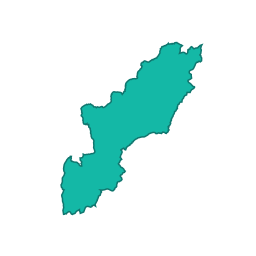 Castilla, Arequipa, Peru, rotated 18°
{"feature_id": "86281439B71643834845538", "entity_name": "Castilla", "entity_type": "district", "adm_level": 2, "iso_a3": "PER", "parent_name": "Peru", "parent_adm1": "Arequipa", "projection": "albers", "projection_center": [-72.31, -15.634], "detail": "fine", "context": "isolated", "style": "filled", "palette": "teal", "viewbox_px": 256, "rotation_deg": 18, "n_neighbors": 0, "source": "geoboundaries", "source_scale": "gbopen_adm2", "svg_char_len": 5840}
<svg xmlns="http://www.w3.org/2000/svg" viewBox="0 0 256 256"><g transform="rotate(18 128 128)"><path d="M109.0,223.9L111.8,221.6L112.0,217.2L112.6,215.7L114.0,214.9L117.0,214.8L118.0,213.8L117.9,212.9L118.4,212.8L118.9,212.2L119.5,211.8L121.2,212.3L120.3,210.9L121.1,206.3L120.9,205.5L121.1,205.1L121.2,202.9L121.0,201.9L122.3,200.6L122.2,197.8L122.6,197.3L122.4,196.7L121.6,196.4L121.3,195.6L121.0,195.5L122.8,195.0L124.9,193.9L126.4,192.7L127.4,192.3L128.6,192.2L131.6,192.7L132.6,192.6L133.2,192.3L133.8,191.3L133.9,190.5L134.2,190.3L134.1,189.7L134.4,188.6L135.0,188.0L135.3,187.1L134.7,185.2L134.8,183.6L134.6,183.1L135.0,182.4L135.8,181.8L136.5,181.6L137.0,180.7L137.6,180.3L138.2,178.9L137.3,177.4L135.9,176.6L135.4,175.8L135.7,174.7L136.4,174.5L136.8,173.5L137.0,172.2L138.3,171.3L138.7,169.9L137.9,169.7L136.5,168.3L134.6,167.5L133.8,167.6L133.2,167.3L131.8,166.1L130.4,165.5L129.9,165.0L129.9,164.7L130.6,163.3L130.4,162.7L131.0,160.5L131.7,159.8L130.6,158.8L129.7,158.5L129.5,155.7L129.9,154.5L129.7,154.1L129.9,152.9L129.3,151.8L128.0,151.2L128.0,150.8L128.8,150.3L129.0,149.4L129.8,148.9L130.1,148.9L130.3,148.5L131.2,149.1L131.3,149.5L132.5,149.5L132.6,147.5L132.4,147.2L133.0,146.3L133.1,145.8L134.7,144.0L134.7,143.7L135.1,143.6L135.0,142.9L136.4,141.4L136.3,140.2L137.3,139.4L137.3,138.5L138.7,136.3L139.7,135.5L140.7,134.1L141.3,133.9L143.7,132.3L144.2,132.2L144.9,131.7L145.5,131.7L146.5,131.2L148.9,128.6L149.5,127.3L151.5,125.5L152.2,125.2L152.5,124.8L154.1,124.1L155.5,124.2L156.3,124.7L157.4,124.3L158.6,123.2L160.2,123.1L160.7,122.8L161.5,122.9L162.4,121.1L164.1,120.9L165.3,121.4L166.1,121.3L166.2,120.5L166.8,120.0L167.3,119.1L167.0,118.2L167.5,117.7L167.6,117.1L166.7,116.6L166.5,115.2L165.9,114.6L166.5,114.2L166.1,113.6L166.8,112.8L167.1,110.9L167.1,110.2L166.5,109.9L166.6,108.5L166.9,107.6L166.5,107.4L166.7,106.4L166.4,105.9L166.8,104.9L166.7,104.1L167.2,103.3L167.0,101.5L167.3,101.0L167.5,99.1L167.2,98.0L168.0,97.3L168.3,96.7L168.3,95.1L168.7,94.9L169.0,94.2L168.3,93.0L168.5,92.7L168.3,90.6L168.5,90.1L169.2,89.5L169.2,88.3L169.7,87.2L171.2,86.7L170.8,84.2L171.6,82.3L171.5,81.2L172.2,79.4L173.5,78.5L173.2,75.9L176.1,75.0L176.1,73.9L176.6,72.0L178.3,70.1L178.7,68.7L178.5,68.3L178.0,68.2L177.1,68.4L173.6,66.4L172.4,66.2L171.4,65.7L170.5,64.9L170.4,64.1L172.3,62.2L173.1,61.0L172.0,58.8L171.6,57.5L169.6,57.0L169.0,56.1L168.8,55.3L169.0,54.6L169.6,53.8L171.4,52.3L171.9,51.2L172.4,47.5L172.4,45.8L173.2,44.1L174.1,44.0L174.3,43.2L174.9,42.5L176.3,42.8L177.2,41.4L176.4,38.6L175.4,37.8L175.1,36.9L174.1,36.6L173.8,36.2L174.2,34.9L173.6,31.2L172.4,29.7L172.5,28.4L172.3,27.8L172.6,26.0L171.0,27.2L170.6,28.3L170.0,28.8L169.6,30.2L167.6,31.1L166.4,32.2L166.0,32.3L164.1,31.2L163.1,31.1L162.3,32.6L162.4,33.9L161.3,34.4L160.9,34.9L161.3,35.3L161.0,35.7L161.5,37.9L160.9,39.4L159.9,39.5L159.0,39.0L157.7,38.8L156.7,39.1L153.9,41.1L153.9,38.6L153.0,36.3L153.2,34.5L154.3,32.9L153.0,32.5L151.8,32.6L149.6,32.0L148.7,32.1L148.1,31.6L146.6,32.2L146.0,32.7L146.1,33.5L144.7,33.8L144.3,34.3L143.8,34.1L143.6,34.6L142.7,34.7L141.8,35.3L140.7,35.4L140.5,35.2L140.5,35.5L140.2,35.5L140.3,35.7L140.1,35.7L139.5,36.5L138.7,37.1L138.5,38.0L137.1,38.5L136.4,39.6L135.3,40.0L135.1,40.3L135.1,41.6L134.3,42.7L134.8,43.4L134.6,45.1L135.2,46.8L134.4,50.2L133.8,51.6L133.8,52.4L133.1,52.7L132.9,53.1L131.4,54.2L131.2,55.1L130.4,55.5L129.9,55.4L129.6,56.1L129.4,56.2L129.3,56.5L128.4,57.3L128.4,57.7L127.4,58.9L126.1,59.2L123.7,59.0L123.0,59.1L122.3,59.9L122.1,60.9L121.3,61.1L120.9,62.2L120.6,62.4L120.9,64.3L122.1,64.6L122.3,64.9L122.1,65.7L122.4,66.4L122.1,67.5L121.8,67.7L121.3,68.5L121.4,69.2L120.3,70.9L120.0,72.1L120.3,72.8L120.1,73.1L120.5,74.7L120.6,76.4L121.3,76.8L121.2,77.4L121.5,77.5L121.5,77.8L120.1,78.9L119.3,78.9L116.8,80.0L116.4,80.7L115.7,80.8L114.7,81.5L113.7,82.8L112.5,85.1L112.2,86.5L112.5,87.6L112.3,88.0L112.8,88.4L112.6,89.1L113.1,89.8L113.3,91.8L113.5,92.1L113.2,92.5L113.8,94.0L113.1,94.3L112.8,95.1L112.8,96.4L112.4,96.7L112.1,97.8L110.8,96.6L109.7,96.5L106.5,97.1L106.1,97.5L103.4,97.9L102.5,98.8L102.0,100.3L102.2,100.9L101.8,101.2L102.1,102.0L101.9,103.0L102.9,104.6L103.0,106.1L103.7,107.2L103.9,108.1L102.8,110.4L101.5,111.5L100.3,113.9L99.4,115.2L98.6,116.0L97.7,116.2L97.0,115.6L96.1,115.8L94.4,117.3L92.2,117.4L91.6,118.5L90.4,118.0L88.9,118.5L88.3,118.1L87.7,117.4L85.6,117.1L85.0,116.7L84.5,117.3L83.1,117.5L82.2,118.4L81.3,118.3L81.0,118.9L79.9,119.7L77.9,122.2L77.3,124.1L78.8,126.2L79.0,127.3L79.9,128.0L79.6,129.9L79.7,130.8L80.0,131.0L80.7,131.1L82.2,132.6L82.6,133.8L82.6,134.5L83.3,135.4L83.8,136.8L84.7,137.8L85.1,137.9L86.2,137.4L86.5,137.8L86.8,137.7L87.1,137.2L87.4,137.2L87.7,136.5L88.3,137.5L89.5,136.8L90.4,139.2L92.2,140.0L92.2,140.6L93.5,142.5L94.0,144.5L95.0,145.7L95.6,147.4L96.9,148.9L98.3,149.4L99.4,150.5L99.7,151.2L99.7,152.2L101.0,155.3L101.4,157.3L103.1,159.5L103.9,160.9L103.7,161.9L102.5,163.2L101.3,163.6L99.5,164.9L98.6,165.0L97.9,165.6L96.8,165.9L95.1,166.9L93.5,166.7L94.1,168.5L93.8,170.1L93.6,170.4L91.7,171.4L92.1,171.8L92.4,173.2L94.5,174.5L94.7,175.6L94.3,176.1L95.2,177.2L95.7,178.5L94.5,178.8L93.2,178.4L92.2,177.1L91.3,177.1L89.9,176.4L87.6,177.0L86.5,177.1L84.9,176.8L84.8,177.1L84.5,177.1L83.5,176.2L83.4,174.3L83.0,173.7L82.9,172.5L81.9,172.8L81.5,174.5L80.7,174.7L79.6,177.4L79.4,179.2L79.1,179.7L78.7,181.8L78.7,183.0L79.3,186.6L80.3,188.7L81.9,190.3L81.7,191.3L81.9,192.5L81.0,195.9L82.2,199.5L82.2,201.7L81.9,202.8L83.1,205.0L84.2,205.5L84.7,206.5L86.3,206.6L86.0,207.5L86.2,208.9L85.7,212.3L86.3,213.6L87.4,215.2L88.4,217.9L90.2,220.3L90.5,221.7L91.4,223.4L91.6,226.5L93.4,230.0L94.1,229.7L94.7,228.9L95.9,228.7L96.1,227.6L97.6,225.7L98.9,225.7L100.8,227.3L102.1,227.3L102.5,226.5L103.5,226.0L104.0,225.5L104.7,223.2L107.0,220.6L107.2,221.3L107.5,221.9L108.1,222.3L109.0,223.9Z" fill="#14b8a6" stroke="#0f766e" stroke-width="1.5"/></g></svg>